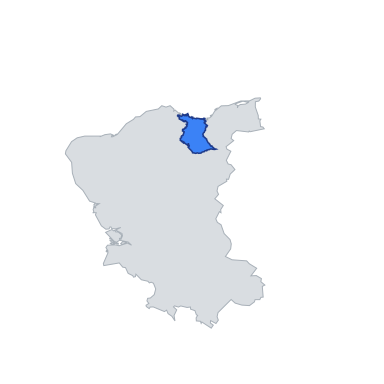 São Paulo highlighted on a map of Brazil, rotated 222°
{"feature_id": "BRA-1311", "entity_name": "São Paulo", "entity_type": "State", "adm_level": 1, "iso_a3": "BRA", "parent_name": "Brazil", "parent_adm1": "", "projection": "albers", "projection_center": [-47.634, -22.544], "detail": "fine", "context": "in_parent", "style": "filled", "palette": "blue", "viewbox_px": 384, "rotation_deg": 222, "n_neighbors": 0, "source": "natural_earth", "source_scale": "10m", "svg_char_len": 9269}
<svg xmlns="http://www.w3.org/2000/svg" viewBox="0 0 384 384"><g transform="rotate(222 192 192)"><path d="M106.6,103.7L110.4,105.8L114.7,104.0L116.2,105.5L118.4,102.9L124.1,99.8L125.1,97.4L128.8,95.7L128.9,94.2L124.5,94.2L122.7,88.2L118.4,84.8L123.8,86.2L128.4,85.6L131.8,87.2L132.5,84.7L143.8,80.7L146.1,78.5L145.8,76.7L149.3,76.3L150.4,77.1L149.5,80.3L152.6,80.9L153.8,83.3L152.0,85.4L151.4,90.5L154.1,95.7L159.6,98.4L161.9,97.7L162.9,95.9L165.0,96.2L170.9,92.9L178.7,93.4L177.4,91.2L178.5,89.6L180.1,90.2L185.0,88.8L190.8,91.3L193.2,89.8L198.6,90.6L208.3,78.3L210.0,79.5L213.7,90.5L215.4,92.2L218.8,93.1L219.2,95.9L213.6,101.4L210.2,103.3L205.8,110.8L201.3,112.0L206.0,112.1L212.8,108.1L214.3,112.9L216.2,114.3L223.3,112.6L221.2,118.0L224.0,113.6L227.2,111.1L228.8,111.8L229.6,111.1L228.9,109.1L231.1,106.7L236.7,106.2L248.5,110.4L249.3,112.5L251.0,111.1L253.7,112.8L254.5,114.6L253.0,115.8L253.6,116.4L255.1,115.3L255.4,116.4L254.1,117.6L253.1,121.3L255.0,119.8L256.4,117.1L256.6,119.1L262.0,116.7L274.2,120.2L284.0,120.4L293.4,125.9L301.3,133.5L311.6,135.6L313.3,138.3L315.2,148.8L313.6,155.4L309.1,161.8L297.4,172.3L297.5,171.3L295.1,176.3L291.5,180.6L289.8,181.2L288.8,179.1L287.8,180.1L286.0,184.9L286.5,198.8L284.1,206.8L284.2,210.0L281.1,213.2L279.9,221.3L272.6,231.2L272.2,235.9L268.1,237.7L266.0,241.5L260.8,241.5L259.7,239.9L259.3,241.6L251.3,241.8L251.6,243.1L246.5,246.3L243.6,246.2L238.6,248.9L232.3,253.8L231.1,256.2L230.0,255.3L229.6,256.3L228.1,255.9L230.0,257.3L228.5,258.8L228.1,261.4L229.2,267.1L227.9,275.6L222.8,280.5L216.7,292.2L210.9,297.6L210.7,295.8L214.9,293.6L218.4,287.2L218.5,286.0L216.0,286.8L214.5,284.8L215.3,286.8L214.7,289.2L211.1,293.1L210.0,296.2L210.4,297.9L207.9,303.9L204.2,307.7L203.4,307.2L203.2,304.3L205.3,301.5L201.8,297.5L194.0,293.2L191.6,290.7L189.5,292.2L189.2,290.3L184.8,286.5L182.8,287.7L180.6,287.3L189.2,275.6L190.3,275.6L190.1,274.5L200.1,267.4L200.8,261.8L198.7,257.9L195.4,258.1L197.0,248.5L194.8,247.2L190.4,248.3L187.7,238.5L183.9,237.0L181.2,238.4L175.1,237.4L175.6,230.9L173.3,225.9L175.0,224.6L173.3,223.3L176.4,213.6L174.1,209.5L170.7,208.0L170.5,202.2L159.7,202.9L158.9,198.1L156.6,196.0L158.5,195.7L156.4,188.0L152.8,186.4L148.5,187.1L140.3,182.6L131.9,182.1L128.1,179.7L125.2,175.6L124.0,166.4L116.9,168.4L105.3,177.4L101.5,177.0L92.9,178.6L92.1,169.1L88.3,172.9L82.5,174.1L80.8,171.4L75.6,171.6L76.6,168.9L68.8,161.5L70.3,159.8L69.6,157.4L73.1,154.2L72.1,152.1L73.3,146.0L79.3,141.3L85.6,138.3L91.0,138.3L92.0,119.8L89.9,116.1L86.7,114.4L86.2,110.3L92.1,108.9L90.7,106.9L87.1,107.3L86.6,103.7L97.7,102.0L97.3,100.5L99.2,101.6L102.5,99.1L104.7,101.2L105.3,104.1L106.6,103.7ZM217.0,103.3L229.2,104.2L226.4,110.5L224.2,110.7L223.8,111.8L222.0,111.3L220.1,112.9L215.5,113.0L213.8,109.9L214.9,109.0L213.5,107.9L214.4,104.2L217.0,103.3ZM206.8,111.2L208.5,106.6L210.4,105.9L210.3,108.7L206.8,111.2ZM220.3,101.0L219.2,102.7L216.4,102.4L216.8,101.3L220.3,101.0ZM216.1,99.2L215.7,102.7L214.5,102.4L216.1,99.2ZM222.3,103.2L220.6,103.4L219.8,103.1L221.9,102.1L222.3,103.2ZM214.3,103.4L212.5,104.6L211.8,104.0L213.1,103.0L214.3,103.4ZM217.6,100.4L216.7,99.7L218.2,98.9L218.3,99.6L217.6,100.4ZM216.5,91.5L215.4,91.7L215.1,90.5L216.1,90.4L216.5,91.5ZM229.6,270.6L229.3,269.5L230.0,268.4L230.2,268.7L229.6,270.6ZM247.4,245.8L247.6,247.2L246.6,246.9L247.4,245.8ZM229.0,262.2L228.5,261.6L229.2,260.8L229.5,261.1L229.0,262.2ZM254.7,119.0L253.9,120.3L254.7,118.5L254.7,119.0ZM289.2,181.4L288.1,181.7L288.8,180.7L289.2,181.4ZM254.1,242.4L253.0,242.8L252.8,242.5L253.5,241.9L254.1,242.4ZM287.2,183.8L286.7,184.5L286.5,184.0L287.2,183.8ZM251.7,110.0L251.7,110.7L251.4,110.6L251.7,110.0Z" fill="#d9dde1" stroke="#a8b0b8" stroke-width="1"/><path d="M250.7,243.6L250.0,243.8L249.9,243.6L249.7,243.6L249.8,243.5L249.6,243.5L249.3,243.9L249.0,243.9L248.9,243.9L248.9,244.0L249.1,244.2L248.9,244.3L248.7,244.6L248.6,244.4L248.6,244.6L248.3,244.4L248.3,244.6L248.0,244.6L247.9,244.7L248.0,244.9L247.7,245.0L247.5,244.9L247.1,245.2L246.8,245.2L246.7,245.4L246.7,245.7L246.9,245.8L246.8,246.0L246.8,246.4L246.7,246.5L246.5,246.4L246.2,246.5L245.9,246.3L245.6,246.3L245.5,246.2L245.1,246.1L244.2,246.0L243.5,246.2L243.3,246.4L243.1,246.4L242.7,246.6L242.5,246.8L242.1,246.9L242.4,246.9L242.6,246.7L242.8,246.6L242.6,247.0L242.5,247.4L242.4,247.4L242.2,247.3L241.8,247.6L241.7,247.6L241.9,247.3L241.8,247.0L241.4,246.8L241.4,246.7L241.3,246.9L241.2,246.9L241.2,247.0L240.9,247.0L241.1,247.3L241.3,247.4L241.3,247.6L241.2,247.5L240.1,248.0L238.2,249.1L237.9,249.5L237.8,249.8L237.8,250.0L237.7,250.0L237.5,249.9L237.4,250.2L236.8,250.7L235.3,251.6L235.0,251.7L234.8,251.7L234.3,252.1L233.2,252.9L232.8,253.4L232.6,253.8L232.4,253.9L232.1,253.9L232.4,253.7L232.1,253.7L232.0,253.9L231.9,253.8L232.0,254.0L232.5,254.1L232.8,253.9L232.6,254.6L232.5,254.8L232.1,255.0L231.8,255.5L232.0,255.0L231.9,254.9L231.7,255.1L231.2,254.9L230.9,253.7L230.7,253.8L230.6,253.7L230.3,253.7L230.2,253.5L229.9,253.4L229.6,253.6L229.6,253.8L229.4,254.1L229.0,253.9L228.9,253.6L229.1,253.4L229.1,253.1L229.2,252.9L229.1,252.5L229.4,252.3L229.5,252.0L229.1,251.9L228.9,251.6L228.5,251.8L228.4,251.6L228.2,251.7L227.8,251.7L227.5,251.5L226.7,251.6L226.4,251.4L226.4,251.6L225.8,251.6L225.5,251.7L224.9,251.6L224.9,251.2L224.8,250.8L225.0,250.7L225.1,250.4L224.9,250.2L225.2,250.1L225.2,249.9L225.3,249.6L225.0,249.4L224.8,249.0L224.7,248.9L224.7,248.4L224.6,248.2L224.3,248.0L224.0,247.8L223.8,247.4L223.7,247.1L223.2,246.8L223.2,246.6L223.3,246.5L223.4,246.4L223.4,245.7L223.1,245.3L223.0,244.7L222.8,244.5L223.0,243.8L222.9,242.9L222.7,242.5L222.4,242.2L222.3,241.9L222.1,241.9L221.4,241.7L221.3,241.3L221.0,241.1L220.9,240.8L220.7,240.8L220.1,241.0L219.6,241.1L219.3,241.0L219.1,241.1L218.6,240.9L218.4,241.1L217.9,241.1L217.1,240.9L216.7,241.1L216.4,241.1L216.2,240.7L215.8,240.4L214.5,240.0L213.1,239.4L212.7,239.4L212.2,239.6L211.9,239.6L211.5,239.4L211.1,239.5L210.9,239.2L210.1,239.2L209.5,238.8L209.0,238.7L208.6,238.8L208.4,239.3L208.2,239.5L208.0,239.3L207.8,239.2L207.6,239.3L206.9,239.2L206.4,239.3L206.1,239.1L205.9,239.1L205.5,239.3L204.6,239.2L204.3,239.1L204.0,239.1L203.7,239.3L203.1,239.9L202.8,240.0L203.1,239.6L203.4,239.0L203.6,238.9L203.9,238.5L204.1,238.4L204.6,238.2L204.7,237.9L205.5,237.4L206.4,236.9L207.2,236.1L207.5,235.0L208.1,234.6L208.4,233.9L208.8,233.6L209.0,233.4L209.0,233.2L208.6,232.7L208.8,232.3L209.3,232.2L209.6,231.7L209.9,231.4L210.0,231.1L209.9,230.1L210.3,229.8L210.6,229.2L211.2,228.5L211.2,227.4L211.5,226.7L211.8,226.6L212.9,225.2L214.0,224.8L214.3,224.6L214.6,224.1L214.8,223.6L215.3,223.0L216.7,222.4L217.2,222.0L217.3,221.7L217.9,221.5L218.0,221.6L218.4,222.0L218.6,222.1L221.2,222.4L223.2,222.4L224.1,222.7L224.7,222.6L224.9,222.7L224.9,222.8L224.6,223.0L224.6,223.3L224.6,223.7L225.1,224.6L225.3,224.7L225.5,224.6L225.8,224.3L225.9,223.8L226.1,223.7L226.3,223.7L226.5,223.9L226.5,224.2L226.5,225.2L226.9,225.5L227.1,225.3L227.0,224.4L227.2,223.8L227.4,223.7L228.0,223.6L228.4,223.7L228.9,223.5L229.3,223.6L229.8,223.4L230.3,223.4L230.7,223.6L230.9,223.4L230.7,223.0L230.8,222.8L231.0,222.9L231.2,223.4L231.7,223.7L232.1,223.4L232.2,223.2L232.2,222.9L232.4,223.0L232.5,223.3L232.8,223.4L232.9,223.0L232.8,222.8L233.0,222.6L233.8,222.6L234.2,223.0L234.4,222.9L234.6,222.7L235.2,222.5L235.4,222.7L235.4,223.0L235.6,223.2L236.2,223.5L236.4,223.8L236.6,224.0L236.5,224.4L236.3,224.6L236.2,225.4L236.5,225.7L237.1,226.0L237.3,226.7L237.2,226.9L237.0,227.1L236.9,227.4L236.7,227.6L236.6,228.3L237.1,228.8L237.0,229.0L237.2,229.7L237.6,230.2L237.9,231.1L237.9,231.4L238.0,231.5L238.5,231.4L238.8,231.3L239.0,231.1L239.3,231.1L239.7,231.4L239.9,231.2L240.0,231.4L240.1,231.5L240.5,231.6L240.8,232.2L240.6,232.3L240.6,232.7L240.4,233.1L240.1,233.1L240.0,233.8L239.8,233.9L239.8,234.1L239.9,234.3L239.8,234.5L240.1,235.0L239.8,235.2L239.8,235.3L239.6,235.5L240.0,235.7L240.2,235.9L239.8,236.4L239.6,237.0L239.8,237.3L239.8,237.6L240.4,237.8L240.5,238.1L241.0,238.3L241.4,238.4L241.2,238.6L241.3,239.0L240.8,239.2L241.5,239.8L241.5,240.1L241.5,240.4L241.9,240.6L242.7,240.4L242.7,240.6L242.8,240.6L243.5,240.5L243.7,240.3L243.9,240.3L244.0,240.2L244.3,240.5L244.5,240.2L244.7,240.4L244.9,240.2L245.0,240.0L245.1,239.7L244.7,239.6L245.2,239.1L245.1,238.9L245.6,238.8L245.4,239.0L245.5,239.2L245.9,239.0L246.0,239.1L246.3,239.2L246.7,238.8L246.9,238.9L246.9,239.2L247.0,239.2L247.7,238.9L247.8,238.7L248.0,238.6L248.6,238.2L248.9,238.1L249.7,238.0L250.2,237.7L250.6,237.9L250.9,238.4L251.3,238.7L251.3,239.0L251.5,239.0L252.0,239.1L252.7,239.0L252.8,238.9L252.9,239.0L253.7,238.9L254.0,239.4L254.0,239.6L253.7,239.7L253.5,239.9L253.5,240.1L253.3,240.4L252.8,240.6L252.6,240.5L252.4,240.6L251.8,240.7L251.6,240.7L251.1,240.9L250.8,241.0L250.6,241.3L250.4,241.3L250.3,242.2L250.2,242.4L250.1,242.5L249.9,242.8L250.2,243.2L250.4,243.2L250.5,243.4L250.7,243.6ZM247.9,247.0L247.7,247.3L247.5,247.0L246.9,247.1L246.7,247.1L246.6,246.8L247.1,246.3L247.3,245.8L247.8,246.1L247.8,246.6L247.6,246.5L247.7,246.9L247.9,246.9L247.9,247.0ZM234.9,251.7L235.3,251.7L235.0,251.9L234.7,252.0L233.2,253.2L232.8,253.8L232.9,253.4L233.1,253.1L234.0,252.4L234.4,252.1L234.7,252.0L234.9,251.7ZM241.6,247.0L241.8,247.4L241.5,247.3L241.4,247.3L241.2,247.3L241.1,247.1L241.6,247.0Z" fill="#3b82f6" stroke="#1e3a8a" stroke-width="1.5"/></g></svg>